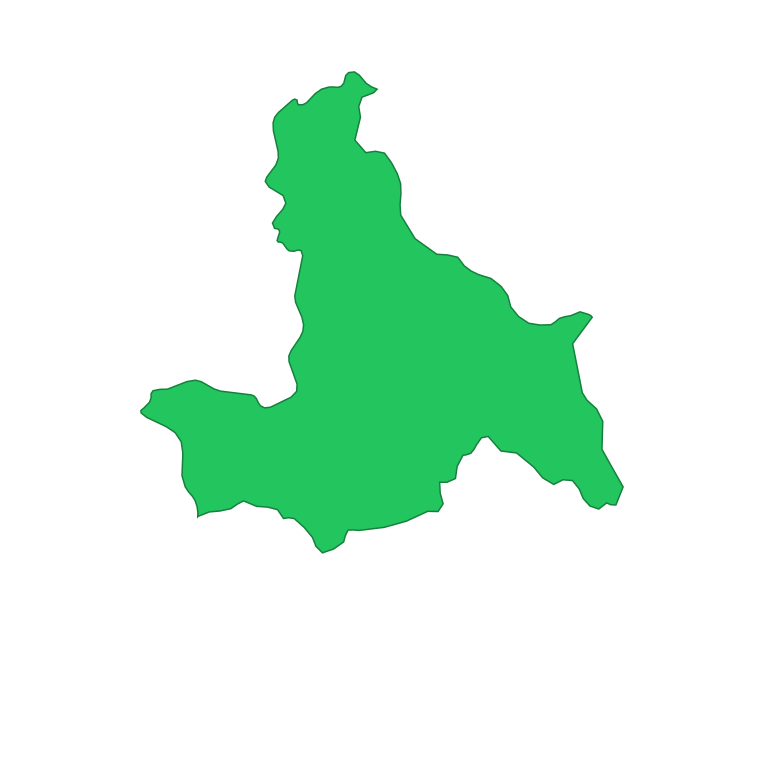 outline of Xékong, rotated 220°
{"feature_id": "LAO-3295", "entity_name": "Xékong", "entity_type": "Province", "adm_level": 1, "iso_a3": "LAO", "parent_name": "Laos", "parent_adm1": "", "projection": "orthographic", "projection_center": [107.128, 15.614], "detail": "fine", "context": "isolated", "style": "filled", "palette": "green", "viewbox_px": 768, "rotation_deg": 220, "n_neighbors": 0, "source": "natural_earth", "source_scale": "10m", "svg_char_len": 2559}
<svg xmlns="http://www.w3.org/2000/svg" viewBox="0 0 768 768"><g transform="rotate(220 384 384)"><path d="M441.4,162.6L443.7,165.6L448.3,169.9L454.0,173.4L459.0,174.9L464.2,175.7L470.1,177.4L479.8,183.9L493.6,201.7L502.2,209.4L512.6,212.5L523.5,211.3L544.2,205.9L551.5,205.7L553.2,207.5L552.4,212.0L552.4,212.7L551.9,219.4L553.6,223.8L556.2,226.9L556.6,230.4L552.2,235.9L546.7,240.7L536.5,259.2L530.9,265.7L525.5,268.3L511.2,270.9L504.6,273.5L478.6,290.4L475.5,291.3L472.1,290.7L468.6,289.0L464.8,287.9L460.2,288.9L456.1,293.2L446.7,314.2L446.2,322.3L450.5,328.0L471.1,340.1L474.9,344.3L476.6,349.9L478.3,366.0L480.0,372.1L483.6,377.6L489.8,382.4L504.1,389.7L508.9,394.0L528.7,430.0L533.3,432.9L536.0,431.3L538.3,427.8L542.1,425.1L544.8,425.0L552.2,426.9L554.4,426.2L556.3,424.8L558.1,425.2L560.2,430.0L561.3,432.9L563.0,434.5L565.1,434.5L567.8,432.9L572.9,435.6L574.0,443.3L573.8,452.5L575.4,459.4L582.4,463.5L598.5,461.0L605.1,462.8L606.3,465.9L606.8,467.3L607.6,482.2L610.1,489.1L614.6,494.1L631.3,506.7L636.8,512.7L639.2,518.1L639.4,524.1L636.6,542.5L635.5,544.9L633.1,545.6L631.2,543.8L629.0,542.8L625.5,546.1L624.1,549.7L623.3,562.4L621.3,569.8L617.4,575.6L615.1,577.9L609.7,581.9L608.1,584.9L608.2,588.7L611.6,595.7L611.3,599.8L607.2,604.1L601.4,604.7L591.1,602.9L585.0,603.5L578.8,605.4L579.2,600.4L585.2,589.6L581.7,580.3L573.5,573.2L563.1,552.1L546.7,549.5L540.1,556.8L532.0,561.2L520.4,558.3L508.9,553.6L500.1,548.2L493.4,540.7L486.8,531.5L479.7,524.1L453.6,515.3L427.0,517.3L418.2,523.8L409.0,528.5L398.5,526.1L390.2,526.5L382.1,528.5L369.9,533.6L356.9,534.0L346.1,531.3L336.4,524.5L324.3,522.2L312.1,523.6L302.2,529.6L294.2,536.7L292.7,541.9L291.8,547.1L288.7,551.8L284.9,556.3L280.2,565.3L272.0,568.8L269.5,569.3L267.4,569.0L265.4,536.1L226.5,504.8L218.2,502.1L205.1,501.5L192.4,496.0L175.1,474.1L156.0,466.8L134.7,458.9L128.6,440.4L132.8,437.2L137.0,436.0L139.1,426.3L147.8,422.9L157.7,424.3L167.0,429.1L177.5,431.2L185.3,425.7L189.4,416.2L202.0,414.1L215.9,416.6L238.1,416.4L251.4,407.8L270.5,410.8L274.8,405.4L274.0,396.6L273.0,391.7L273.0,386.6L275.6,382.4L277.7,380.2L275.0,367.9L268.5,357.5L272.6,349.2L278.2,344.5L270.9,336.6L261.7,330.2L260.6,321.1L268.7,314.5L278.6,293.5L291.7,274.3L309.1,255.7L313.8,252.4L317.6,249.0L316.1,242.9L313.4,237.1L316.5,225.3L322.6,215.1L331.8,215.9L340.2,220.5L352.9,222.8L366.3,223.2L371.2,220.2L374.5,216.4L384.8,219.3L394.0,214.9L402.9,208.4L416.4,204.2L419.2,197.5L421.2,190.0L428.1,181.2L435.6,173.7L441.1,163.6L441.4,162.7L441.4,162.6Z" fill="#22c55e" stroke="#15803d" stroke-width="1.5"/></g></svg>